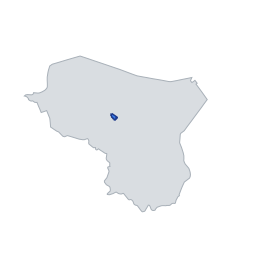 Al-Hindiya, Karbala', Iraq shown in context, rotated 158°
{"feature_id": "34846034B69940766405797", "entity_name": "Al-Hindiya", "entity_type": "district", "adm_level": 2, "iso_a3": "IRQ", "parent_name": "Iraq", "parent_adm1": "Karbala'", "projection": "natural_earth1", "projection_center": [44.226, 32.466], "detail": "fine", "context": "in_parent", "style": "filled", "palette": "blue", "viewbox_px": 256, "rotation_deg": 158, "n_neighbors": 0, "source": "geoboundaries", "source_scale": "gbopen_adm2", "svg_char_len": 3822}
<svg xmlns="http://www.w3.org/2000/svg" viewBox="0 0 256 256"><g transform="rotate(158 128 128)"><path d="M105.7,46.0L107.4,45.6L110.4,43.1L112.2,40.7L112.8,40.5L114.4,41.3L115.5,41.5L118.1,40.6L119.7,41.1L121.0,41.7L121.8,41.7L125.3,43.2L126.2,43.4L128.0,43.5L130.7,43.6L132.5,42.7L133.7,41.7L134.6,41.8L135.4,42.0L136.1,42.4L136.7,43.1L137.0,44.1L136.9,47.2L137.1,48.1L137.6,48.7L138.2,48.8L139.0,48.1L140.3,47.1L141.8,46.0L143.0,45.0L143.7,44.6L144.8,44.7L145.8,44.8L146.4,45.3L146.4,45.5L147.0,47.0L148.4,52.5L149.2,53.2L150.1,53.8L150.7,54.7L151.0,55.5L150.9,56.8L150.9,58.3L151.3,59.4L151.8,60.3L152.3,60.7L153.0,60.8L153.9,61.0L154.5,61.9L156.4,68.2L156.6,69.0L157.3,69.3L158.6,69.2L160.0,69.8L161.4,70.8L162.7,72.8L163.6,73.1L166.4,72.8L170.3,73.1L172.1,74.1L171.9,74.7L170.5,75.4L168.1,76.2L167.4,77.6L167.0,79.3L167.0,80.3L167.6,81.4L169.4,83.6L169.5,84.4L169.8,85.5L170.1,86.2L169.8,87.7L168.2,88.7L166.2,89.8L162.0,94.6L161.7,95.7L161.8,98.5L161.4,99.3L160.1,99.3L159.0,99.2L159.0,100.2L158.3,101.5L158.0,102.7L159.5,105.4L159.8,106.9L159.5,108.2L158.1,110.5L157.3,112.0L157.5,112.4L158.6,113.0L162.1,118.0L163.2,119.8L164.6,119.3L165.2,119.4L165.6,119.6L165.9,120.2L165.9,121.0L165.5,122.1L167.3,122.6L168.0,123.7L170.2,127.7L170.1,128.8L169.1,130.7L169.1,131.9L169.3,133.0L169.7,133.4L172.8,133.5L174.2,134.0L177.5,136.0L181.3,139.1L184.4,141.6L187.1,143.7L189.9,143.6L190.6,144.0L191.4,144.6L192.2,146.4L193.8,150.4L195.2,151.7L197.4,154.9L199.4,157.9L198.1,162.0L196.9,166.2L196.9,171.7L196.9,174.6L199.6,174.7L202.7,174.9L202.7,178.4L202.8,181.9L202.8,185.9L203.7,186.1L205.1,187.0L205.8,188.3L206.5,189.0L207.4,189.1L208.3,189.7L209.2,190.9L209.6,191.8L209.3,192.4L209.6,193.4L210.2,194.9L211.0,195.7L212.1,196.5L210.6,197.0L208.8,196.7L205.1,194.9L203.9,194.8L202.4,195.5L202.3,196.1L198.4,194.1L197.0,193.7L196.5,193.7L194.2,193.7L191.1,194.1L189.2,194.9L187.9,195.7L187.3,196.6L187.1,197.0L186.1,199.5L185.0,202.6L183.8,205.5L181.4,209.5L180.1,211.4L177.3,214.8L174.3,215.5L167.2,214.8L159.4,214.1L151.6,213.3L145.8,212.7L145.4,212.6L139.6,207.7L135.1,203.8L129.4,198.9L123.7,194.0L117.8,188.9L113.6,185.3L108.5,180.6L103.8,176.3L100.1,173.0L95.4,170.0L91.7,167.7L86.4,164.3L82.1,161.7L78.4,159.4L72.8,155.8L70.9,154.9L65.0,153.7L59.5,152.7L53.7,151.6L49.9,150.9L52.4,148.4L51.7,146.2L49.8,146.6L48.1,147.1L47.1,143.6L48.5,143.2L47.3,138.6L46.1,133.9L45.0,129.3L43.9,124.7L48.8,121.7L52.4,119.4L57.5,116.3L62.4,113.3L67.1,110.4L72.3,107.3L76.9,104.4L81.1,103.3L82.0,102.4L83.9,98.5L85.6,95.2L85.7,94.5L85.7,89.8L86.1,84.3L86.6,81.4L87.6,78.8L88.5,76.9L88.6,75.1L88.5,73.3L87.6,70.6L86.7,67.8L86.8,65.1L87.0,63.6L87.6,61.3L88.6,59.6L89.7,58.5L93.7,57.4L96.0,56.8L99.2,53.8L101.0,52.0L103.7,49.1L105.6,47.0L105.7,46.3L105.7,46.0Z" fill="#d9dde1" stroke="#a8b0b8" stroke-width="1"/><path d="M137.9,142.1L137.7,142.1L137.7,141.9L137.7,141.7L137.7,141.4L137.7,141.2L137.7,140.9L137.7,140.7L137.4,140.5L137.2,140.4L137.2,140.5L136.9,140.6L136.7,140.6L136.3,140.7L136.1,140.7L135.9,140.7L135.7,140.7L135.5,140.8L135.4,140.9L135.2,141.0L135.0,141.5L135.1,141.8L135.3,141.9L135.2,142.1L135.1,142.4L134.8,142.2L134.6,142.0L134.5,141.8L134.4,141.6L134.2,141.5L134.0,141.9L134.1,142.1L134.3,142.4L134.4,142.6L134.5,142.7L134.6,142.9L134.8,143.2L134.9,143.3L135.5,144.3L136.0,145.0L136.5,145.8L136.8,146.2L137.0,146.6L137.3,147.0L137.5,146.9L137.8,146.8L138.0,146.7L138.1,146.8L138.3,146.9L138.4,147.0L138.5,147.1L138.6,146.9L138.7,146.7L138.8,146.6L138.9,146.3L138.9,146.2L139.0,146.1L138.9,146.0L138.9,145.9L138.8,145.7L138.8,145.4L138.8,145.1L138.8,144.8L138.9,144.7L139.0,144.5L139.0,144.4L139.0,144.2L138.9,144.0L138.9,143.9L138.7,143.7L138.4,143.5L138.4,143.4L138.3,143.1L138.3,142.9L138.4,142.7L138.4,142.4L138.3,142.2L138.1,142.1L137.9,142.1Z" fill="#3b82f6" stroke="#1e3a8a" stroke-width="1.5"/></g></svg>